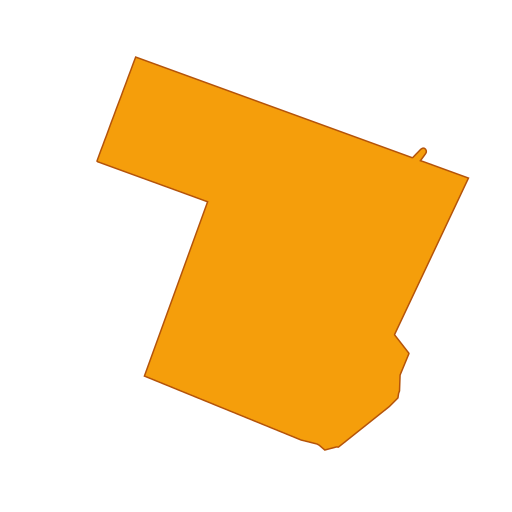 outline of Northern, rotated 20°
{"feature_id": "SDN-878", "entity_name": "Northern", "entity_type": "State", "adm_level": 1, "iso_a3": "SDN", "parent_name": "Sudan", "parent_adm1": "", "projection": "natural_earth1", "projection_center": [29.004, 19.383], "detail": "fine", "context": "isolated", "style": "filled", "palette": "amber", "viewbox_px": 512, "rotation_deg": 20, "n_neighbors": 0, "source": "natural_earth", "source_scale": "10m", "svg_char_len": 1723}
<svg xmlns="http://www.w3.org/2000/svg" viewBox="0 0 512 512"><g transform="rotate(20 256 256)"><path d="M377.9,110.2L380.7,110.1L381.9,110.1L386.7,110.1L391.5,110.1L396.3,110.1L401.2,110.1L406.0,110.1L410.8,110.1L415.6,110.1L420.4,110.1L425.2,110.1L429.0,110.1L413.1,282.0L413.1,282.3L413.2,282.6L413.5,282.9L432.8,295.0L433.0,295.2L433.1,295.6L432.1,318.6L432.2,318.9L437.0,333.7L437.0,336.3L437.9,340.8L432.8,351.8L398.8,407.4L396.9,407.9L387.0,414.8L380.2,412.2L377.7,411.8L361.3,413.5L192.2,407.0L192.0,221.6L75.0,221.6L74.1,221.2L74.1,214.9L74.1,209.6L74.2,204.3L74.2,199.0L74.3,193.7L74.3,186.7L74.3,179.8L74.4,172.8L74.4,165.8L74.5,158.9L74.6,151.9L74.6,145.0L74.7,138.0L74.7,131.0L74.8,124.1L74.8,117.1L74.9,110.2L79.4,110.2L84.0,110.2L88.6,110.2L93.1,110.2L97.7,110.2L102.3,110.2L106.8,110.2L111.4,110.2L116.0,110.2L120.5,110.2L125.1,110.2L129.7,110.2L134.3,110.2L138.8,110.2L143.4,110.2L148.0,110.2L152.5,110.2L157.1,110.2L161.7,110.2L166.2,110.2L170.8,110.2L175.4,110.2L180.0,110.2L184.5,110.2L189.1,110.2L193.7,110.2L198.2,110.2L202.8,110.2L207.4,110.2L211.9,110.2L216.5,110.2L221.1,110.2L225.6,110.2L230.2,110.2L234.8,110.2L239.3,110.2L243.9,110.2L248.5,110.2L253.1,110.2L257.6,110.2L262.2,110.2L266.8,110.2L271.3,110.2L275.9,110.2L280.5,110.2L285.0,110.2L289.6,110.2L294.2,110.2L298.8,110.2L303.3,110.2L307.9,110.2L312.5,110.2L317.0,110.2L321.6,110.2L326.2,110.2L330.7,110.2L335.3,110.2L339.9,110.2L344.4,110.2L349.0,110.2L353.6,110.2L358.2,110.2L362.7,110.2L367.3,110.2L369.1,110.2L369.7,109.8L372.0,104.5L372.2,104.2L374.3,99.4L375.5,97.9L376.3,97.4L377.2,97.2L378.1,97.4L379.0,97.8L380.1,99.0L380.5,100.2L380.4,101.6L379.4,105.2L377.9,110.2Z" fill="#f59e0b" stroke="#b45309" stroke-width="1.5"/></g></svg>